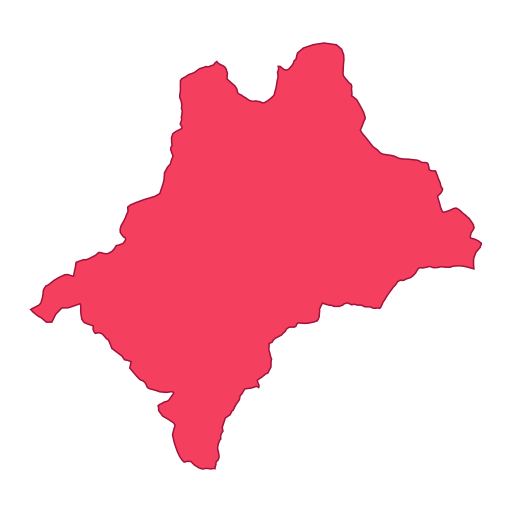 Naro, Thimphu, Bhutan
{"feature_id": "84629894B37103530921458", "entity_name": "Naro", "entity_type": "district", "adm_level": 2, "iso_a3": "BTN", "parent_name": "Bhutan", "parent_adm1": "Thimphu", "projection": "orthographic", "projection_center": [89.526, 27.679], "detail": "fine", "context": "isolated", "style": "filled", "palette": "rose", "viewbox_px": 512, "rotation_deg": 0, "n_neighbors": 0, "source": "geoboundaries", "source_scale": "gbopen_adm2", "svg_char_len": 5995}
<svg xmlns="http://www.w3.org/2000/svg" viewBox="0 0 512 512"><path d="M215.0,468.7L215.1,466.9L215.9,464.8L215.9,463.1L216.4,461.6L217.9,460.2L218.7,458.5L219.1,456.4L218.4,451.6L217.7,449.4L217.7,446.8L218.3,444.0L219.5,440.6L220.8,439.0L220.6,436.7L221.0,434.4L222.1,432.3L222.9,431.4L222.9,430.6L222.2,427.5L225.3,418.0L230.2,414.7L231.8,411.2L233.3,410.1L234.4,407.5L236.3,404.1L239.4,399.7L240.1,395.8L242.0,393.6L244.7,389.0L245.7,388.8L250.8,388.1L254.0,387.3L255.4,386.6L256.6,386.5L257.2,386.6L258.7,387.5L259.1,385.8L258.9,385.1L258.3,383.7L257.5,381.5L257.4,380.1L261.4,377.4L265.9,373.8L267.9,373.0L269.0,370.7L270.9,367.2L271.0,365.3L271.0,361.7L271.6,359.0L270.8,357.3L269.7,352.7L268.8,349.8L269.1,346.4L269.1,343.4L272.1,342.3L272.4,341.5L274.0,339.4L275.3,338.2L277.2,337.3L281.6,335.0L283.3,333.0L285.2,331.5L286.4,329.1L289.0,327.3L289.9,327.1L294.5,327.1L296.0,326.1L296.7,324.3L298.0,322.9L298.9,323.0L305.5,323.4L308.6,323.1L313.9,322.0L317.3,320.8L318.4,318.9L319.2,316.6L319.3,314.7L319.6,311.5L319.6,309.1L321.0,305.9L322.5,303.1L324.0,303.7L327.6,304.8L329.8,305.3L331.4,305.2L333.9,306.4L337.0,306.4L339.2,306.4L342.6,305.2L343.7,304.1L346.6,303.0L348.1,303.1L351.7,304.8L354.3,304.2L357.3,305.1L361.7,305.1L362.8,305.9L365.0,306.8L370.4,306.9L372.9,308.1L375.5,308.3L377.7,307.9L379.5,308.4L380.6,307.6L383.2,301.9L384.8,299.6L386.8,296.2L389.9,291.7L393.5,286.9L395.4,285.0L397.7,281.6L400.5,280.1L401.8,280.5L404.4,280.1L405.4,279.3L410.7,277.5L413.2,275.6L415.5,273.1L417.7,269.4L418.9,268.1L420.7,267.7L422.6,268.0L426.5,267.2L429.2,266.5L431.0,266.8L433.4,267.7L437.1,267.6L441.4,266.7L444.3,267.1L450.1,267.3L452.5,266.3L453.7,266.1L458.6,265.8L462.9,266.1L466.6,266.9L470.9,268.0L473.9,268.9L473.5,264.0L473.6,259.6L473.9,257.7L475.9,252.4L478.2,249.6L480.2,247.4L480.4,246.2L481.3,244.4L481.3,243.1L480.4,242.6L478.7,241.1L475.1,239.3L470.6,238.0L470.2,236.8L471.1,233.0L473.5,229.1L474.1,227.6L473.3,224.8L472.4,223.1L469.1,218.4L467.3,217.0L465.5,215.2L462.7,213.1L461.0,211.3L458.8,209.5L456.0,208.0L453.4,208.6L450.6,210.0L445.3,211.9L443.1,212.2L442.2,211.2L440.7,207.7L439.8,204.2L437.5,196.3L439.9,194.0L441.0,192.8L442.1,190.9L442.5,189.6L442.5,188.5L441.4,187.3L440.9,186.1L440.1,182.7L438.0,177.7L437.5,175.9L436.4,173.4L436.2,172.2L435.1,170.7L434.5,170.9L431.9,170.9L429.3,169.8L428.7,166.3L428.1,164.0L427.1,162.9L426.3,162.6L422.6,162.5L421.4,162.2L419.2,160.9L417.4,160.2L408.6,159.2L403.2,159.0L398.8,158.3L394.5,156.2L390.8,155.3L386.8,154.8L382.4,154.0L380.0,152.7L377.8,150.2L373.0,146.7L366.0,137.8L362.1,133.2L360.3,130.1L362.0,126.3L364.3,120.2L365.2,118.8L365.0,116.7L363.9,113.1L362.3,109.7L358.8,103.3L356.6,99.6L352.5,96.3L351.6,95.9L351.4,95.3L352.0,94.3L351.5,88.6L351.8,86.2L351.0,84.2L348.9,82.7L347.5,80.8L345.0,78.0L343.4,75.6L343.0,73.7L343.5,63.8L343.9,59.9L343.7,55.0L341.7,49.3L336.5,44.8L324.0,43.0L313.3,44.7L303.4,48.0L297.5,53.0L296.8,55.5L296.0,59.2L294.1,60.8L293.7,62.1L292.9,64.1L291.5,66.0L289.7,68.1L288.7,69.1L286.5,70.1L284.3,69.7L281.4,67.5L280.4,66.5L278.2,66.3L278.5,68.0L278.6,69.2L278.2,70.5L277.5,72.2L277.8,73.7L278.0,76.1L277.9,78.0L277.4,79.7L277.1,81.2L276.1,87.5L274.0,95.3L270.7,98.4L267.9,100.6L266.3,101.6L264.1,102.8L262.0,102.8L260.0,101.6L257.9,101.4L255.7,100.9L254.3,101.2L251.7,101.2L249.2,100.3L247.3,99.1L245.8,97.9L243.0,96.4L241.9,95.3L239.4,94.2L238.1,93.3L237.7,92.8L236.8,88.9L234.8,85.8L230.4,82.0L227.1,79.0L227.1,77.0L227.4,73.2L227.2,72.3L226.8,71.4L226.3,69.4L225.3,67.5L223.3,65.9L219.2,63.9L217.3,62.4L216.9,61.5L215.2,62.7L213.4,65.1L212.4,65.3L211.1,65.7L208.2,66.9L206.1,66.5L202.5,67.8L199.7,68.6L194.2,72.6L188.3,74.8L186.0,76.5L181.7,78.8L180.4,80.7L180.4,90.9L179.7,95.2L179.8,97.7L181.1,100.9L181.8,104.6L181.8,106.1L181.4,108.3L182.3,111.1L181.9,113.4L181.9,115.1L181.3,117.2L181.7,119.4L181.3,121.1L180.3,123.4L180.3,124.2L180.8,125.2L181.5,126.1L181.9,126.9L182.0,127.9L181.6,128.5L180.4,129.2L176.2,131.3L172.9,133.6L172.1,135.9L171.5,137.5L171.7,142.6L172.0,144.7L171.9,145.9L171.0,147.1L170.6,149.5L171.3,151.2L171.9,153.4L172.6,154.5L172.9,156.0L172.5,157.6L171.3,160.3L170.3,164.0L167.5,167.2L164.4,172.9L164.4,175.3L164.0,179.8L163.0,183.9L159.8,193.5L155.0,196.3L144.0,199.6L135.9,202.6L130.5,204.9L127.7,207.1L128.0,211.5L126.1,215.7L125.5,217.5L124.2,220.3L121.1,225.7L120.1,229.3L120.3,232.5L122.2,235.3L123.8,237.1L125.0,237.4L125.7,239.2L124.6,241.5L122.9,243.5L118.5,245.2L116.3,245.5L114.2,249.0L111.7,251.6L110.1,252.3L108.5,253.3L106.8,253.8L103.4,253.4L101.8,252.8L98.8,252.4L95.5,255.3L89.5,258.4L86.3,259.7L83.1,259.7L82.5,260.1L79.0,261.2L77.6,261.8L76.4,262.1L75.9,262.9L75.3,267.9L74.7,270.0L73.5,276.2L72.0,275.9L67.5,274.5L64.7,274.8L58.6,277.6L54.0,280.4L49.2,284.2L47.1,285.6L45.8,286.0L43.6,289.6L43.2,291.1L43.0,294.5L42.3,298.2L40.8,303.0L39.2,304.9L36.2,306.6L32.5,308.4L30.7,309.5L33.0,312.0L38.5,316.4L41.2,317.7L46.3,322.1L51.9,322.1L55.7,314.3L61.8,308.0L68.1,307.8L73.1,306.2L79.8,303.8L80.4,304.1L80.8,307.1L80.7,310.6L80.9,313.8L81.8,319.3L83.3,321.5L84.7,322.8L88.2,324.2L93.3,325.9L93.0,329.1L93.9,331.6L95.3,333.4L98.7,332.7L101.7,333.5L103.3,335.0L106.3,338.5L108.5,340.1L110.8,345.5L111.8,348.4L120.7,355.1L122.3,356.4L123.5,358.4L124.5,359.8L127.9,360.4L131.1,361.7L130.1,366.5L129.7,368.0L130.9,369.3L132.7,371.5L136.3,375.8L139.3,379.0L141.0,380.2L142.8,380.7L144.2,381.9L145.5,383.3L146.4,385.2L146.9,386.5L147.8,387.8L149.8,388.8L155.1,390.2L160.1,391.9L162.0,392.0L165.1,392.3L167.5,392.3L170.4,391.8L172.3,391.8L173.6,392.6L173.7,393.2L170.7,397.4L169.3,399.6L167.7,401.0L166.2,401.6L165.0,401.7L162.7,402.8L161.6,403.7L159.7,404.4L158.0,405.8L158.5,406.9L158.7,410.7L162.7,416.1L167.6,418.9L173.4,422.7L175.1,425.2L173.7,429.8L172.5,435.0L174.4,443.1L176.0,447.8L177.4,451.6L179.5,456.2L181.8,459.7L183.2,461.3L184.2,462.1L187.6,461.3L190.9,461.5L194.4,465.0L198.5,467.6L202.2,469.0L203.9,468.8L205.8,468.4L206.9,468.4L210.6,468.9L214.1,468.5L215.0,468.7Z" fill="#f43f5e" stroke="#9f1239" stroke-width="1.5"/></svg>